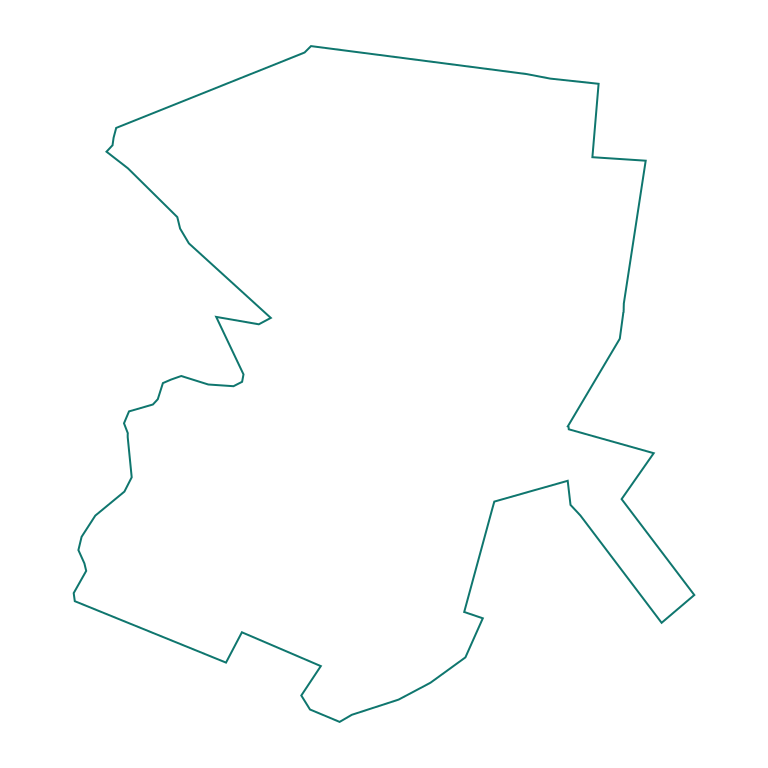 the district of Ruwa, Mashonaland East, Zimbabwe
{"feature_id": "62879985B71976011533530", "entity_name": "Ruwa", "entity_type": "district", "adm_level": 2, "iso_a3": "ZWE", "parent_name": "Zimbabwe", "parent_adm1": "Mashonaland East", "projection": "robinson", "projection_center": [31.224, -17.887], "detail": "fine", "context": "isolated", "style": "outline", "palette": "teal", "viewbox_px": 768, "rotation_deg": 0, "n_neighbors": 0, "source": "geoboundaries", "source_scale": "gbopen_adm2", "svg_char_len": 1097}
<svg xmlns="http://www.w3.org/2000/svg" viewBox="0 0 768 768"><path d="M74.8,601.2L226.0,662.6L241.9,632.3L320.8,666.1L301.3,695.5L310.0,709.5L339.6,721.9L351.8,714.8L398.6,699.6L430.5,682.7L465.4,657.4L482.8,618.3L464.2,612.0L492.4,508.4L494.3,501.6L533.0,490.6L567.7,480.8L570.5,504.9L580.4,515.5L661.6,622.8L694.3,595.0L621.6,499.1L653.7,453.2L568.8,429.3L568.5,426.7L567.8,426.4L619.8,338.7L623.2,313.6L623.2,312.9L623.6,312.1L623.6,311.4L623.6,310.6L623.7,309.9L623.7,307.7L623.8,304.7L623.8,304.3L623.8,303.6L645.7,160.7L592.4,157.2L598.6,83.8L550.2,78.6L526.8,74.1L311.0,46.1L307.4,49.7L304.6,52.5L116.2,127.9L113.6,137.7L112.5,145.4L112.0,145.8L106.5,151.7L127.9,168.3L177.3,217.1L180.1,228.6L188.9,243.4L267.7,315.1L270.8,317.9L258.8,324.3L216.2,316.9L243.5,374.4L242.1,381.8L233.5,386.2L208.3,384.5L181.2,376.0L171.0,379.6L162.9,383.1L157.8,399.2L152.9,404.5L129.0,411.4L127.4,415.2L124.0,423.3L127.8,433.2L127.7,434.3L127.7,437.1L131.7,477.3L124.4,491.6L95.3,515.6L81.6,536.8L78.4,550.1L84.4,563.4L86.2,570.9L73.7,593.1L74.8,601.2Z" fill="none" stroke="#0f766e" stroke-width="2"/></svg>